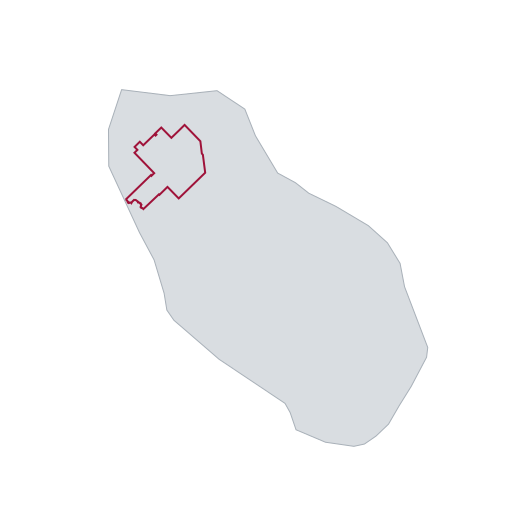 76, Al Khawr, Qatar (highlighted), rotated 316°
{"feature_id": "91078587B47360643234421", "entity_name": "76", "entity_type": "district", "adm_level": 2, "iso_a3": "QAT", "parent_name": "Qatar", "parent_adm1": "Al Khawr", "projection": "albers", "projection_center": [51.019, 25.84], "detail": "fine", "context": "in_parent", "style": "outline", "palette": "rose", "viewbox_px": 512, "rotation_deg": 316, "n_neighbors": 0, "source": "geoboundaries", "source_scale": "gbopen_adm2", "svg_char_len": 2097}
<svg xmlns="http://www.w3.org/2000/svg" viewBox="0 0 512 512"><g transform="rotate(316 256 256)"><path d="M277.1,457.6L255.2,463.1L234.5,469.0L217.3,468.9L203.4,466.6L194.2,460.9L176.6,438.2L164.1,408.8L171.8,392.4L174.5,382.2L157.7,304.7L152.3,245.2L154.3,233.0L164.0,219.0L180.0,188.0L188.5,158.1L212.5,89.1L237.8,62.5L274.9,43.0L305.6,81.0L342.8,110.0L350.0,142.6L339.1,169.1L329.2,211.4L335.3,230.8L337.6,247.6L347.9,275.7L357.9,312.3L359.7,337.8L354.5,361.4L341.5,381.3L316.0,441.1L308.4,447.3L277.1,457.6Z" fill="#d9dde1" stroke="#a8b0b8" stroke-width="1"/><path d="M295.7,112.1L287.3,112.2L277.2,112.2L277.1,97.8L268.7,97.8L268.7,99.6L267.4,99.6L267.4,98.0L263.9,98.0L251.8,98.0L251.8,93.1L244.4,93.2L244.4,97.3L240.3,97.3L240.3,125.7L236.5,125.7L236.7,124.8L202.4,124.9L202.2,124.9L202.1,125.3L201.8,125.5L201.8,126.1L201.7,126.1L201.7,126.5L201.6,127.0L201.6,127.7L201.7,127.9L201.7,128.7L201.0,128.7L201.0,128.9L201.7,128.8L201.8,129.1L201.7,129.1L201.6,129.3L201.6,129.6L201.8,129.7L201.8,129.8L202.0,130.0L202.6,130.0L202.8,130.2L203.0,130.9L203.1,131.0L203.4,131.0L203.5,131.1L203.4,131.3L203.9,131.2L204.5,130.9L206.1,131.0L206.3,131.0L206.3,130.9L206.9,130.9L206.9,131.0L207.1,131.0L207.4,131.3L207.7,131.4L207.9,131.5L208.0,131.6L208.1,131.9L208.4,132.2L208.4,132.6L208.5,132.8L208.8,134.6L208.6,134.7L208.6,134.8L208.8,134.9L208.8,135.1L208.6,135.1L208.5,135.4L208.6,135.5L208.8,135.6L208.7,136.0L208.3,136.0L208.3,136.3L208.2,136.3L208.5,136.4L208.7,136.6L209.3,136.8L209.4,137.3L209.3,137.8L209.5,137.9L209.6,138.0L209.5,138.4L209.4,138.6L209.2,138.7L209.2,138.8L209.0,138.7L208.9,139.1L208.7,139.0L208.8,139.1L208.9,139.4L208.7,139.5L208.5,139.8L208.3,139.8L208.1,140.0L207.7,140.2L207.7,140.4L207.5,140.5L207.0,140.6L206.9,140.7L206.9,140.9L206.9,141.3L207.0,141.3L207.0,141.5L207.0,141.8L207.1,142.0L207.4,142.2L207.5,142.5L207.4,142.5L207.4,142.9L207.6,143.1L207.6,143.3L207.8,143.6L207.7,144.0L229.0,144.2L229.0,144.9L240.3,144.8L240.4,160.9L277.3,160.8L288.1,146.3L288.2,144.7L295.7,134.8L295.7,133.5L295.7,112.1Z" fill="none" stroke="#9f1239" stroke-width="2"/></g></svg>